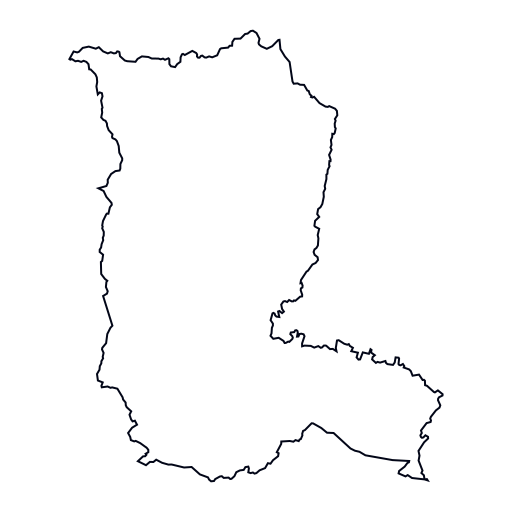 Uiramutã, Roraima, Brazil
{"feature_id": "56859067B11368359253245", "entity_name": "Uiramutã", "entity_type": "district", "adm_level": 2, "iso_a3": "BRA", "parent_name": "Brazil", "parent_adm1": "Roraima", "projection": "natural_earth1", "projection_center": [-60.205, 4.716], "detail": "fine", "context": "isolated", "style": "outline", "palette": "ink", "viewbox_px": 512, "rotation_deg": 0, "n_neighbors": 0, "source": "geoboundaries", "source_scale": "gbopen_adm2", "svg_char_len": 5991}
<svg xmlns="http://www.w3.org/2000/svg" viewBox="0 0 512 512"><path d="M424.5,479.4L423.9,475.3L421.4,473.0L422.5,470.6L418.6,460.6L419.5,455.6L418.5,450.9L424.1,442.3L428.1,438.5L428.0,436.8L425.4,435.3L423.4,437.4L422.0,437.8L420.9,436.9L420.4,435.3L421.8,433.0L421.0,430.5L426.6,423.1L430.6,422.0L431.0,420.5L430.2,418.6L430.9,416.8L435.9,410.4L439.5,407.6L440.3,405.3L438.0,400.2L438.1,398.8L439.0,397.3L442.5,395.5L442.6,394.2L437.9,390.4L434.9,392.4L433.9,392.0L427.0,385.8L425.1,385.2L424.9,380.7L423.9,379.8L422.6,380.0L419.0,374.6L412.6,375.7L410.8,371.1L409.1,369.4L403.7,367.5L404.3,366.1L402.9,364.0L400.6,365.3L399.3,365.0L398.5,364.0L399.1,358.7L398.6,357.7L395.6,357.4L394.7,362.5L393.0,364.9L387.4,364.1L386.0,362.9L385.4,361.0L380.1,362.6L377.5,361.9L375.9,362.9L372.1,359.4L372.7,357.0L374.8,355.2L371.0,352.5L371.5,349.9L370.5,349.2L368.9,353.8L362.8,352.4L360.1,359.4L358.5,359.6L356.6,357.4L357.9,352.7L351.3,351.2L352.9,347.8L349.8,345.9L348.8,344.1L347.3,344.7L344.3,343.8L338.7,340.2L337.0,340.5L335.8,348.0L336.5,351.3L332.8,348.9L330.0,349.1L326.2,345.7L325.1,345.5L323.8,345.6L322.1,347.4L320.8,347.8L318.3,346.1L314.2,347.6L310.8,345.9L304.6,345.6L302.1,346.3L302.1,343.4L304.5,336.2L303.6,334.3L301.3,333.7L299.5,334.0L298.4,336.5L297.0,336.6L297.8,332.5L297.4,330.9L296.4,330.2L295.2,330.4L294.2,332.1L290.8,332.5L290.3,334.1L292.3,336.2L292.8,337.7L292.3,339.0L289.3,341.9L288.2,341.6L285.8,342.9L284.6,343.0L283.5,340.9L278.7,337.8L273.3,338.8L270.5,335.8L271.5,333.4L271.9,327.8L272.9,325.5L272.9,323.6L270.6,320.2L272.5,313.4L273.4,312.9L274.6,313.6L275.2,315.4L276.5,316.6L279.3,317.0L278.1,311.5L279.4,311.0L282.1,313.1L283.9,311.6L282.1,309.0L281.2,304.6L283.4,301.5L285.0,301.1L287.2,302.0L289.1,300.0L291.8,301.4L293.3,301.3L294.0,300.4L295.4,300.8L300.1,296.7L302.1,296.4L302.2,294.7L300.7,290.3L300.9,288.4L302.4,287.5L302.6,285.6L301.6,282.9L300.5,283.2L301.0,280.0L306.5,271.6L307.9,270.8L312.4,264.5L315.6,263.0L318.0,260.0L317.6,257.2L314.6,254.8L313.6,252.0L314.5,249.4L316.4,248.0L317.9,245.5L318.4,238.3L317.7,235.1L319.2,228.8L315.2,226.7L314.4,225.8L314.6,224.3L315.1,220.8L319.2,216.9L317.2,214.1L318.1,209.1L320.5,207.2L322.3,204.0L323.8,196.8L323.5,192.2L325.2,188.8L324.7,186.0L326.4,179.1L326.4,174.6L327.4,173.8L327.7,169.9L329.6,166.1L329.1,165.1L329.4,161.1L330.5,161.1L330.6,159.6L329.1,154.9L331.6,149.8L330.5,147.4L331.5,144.9L330.9,140.0L332.2,137.1L332.3,133.8L333.8,134.1L334.7,133.0L335.7,128.4L334.9,127.1L334.7,123.6L335.6,120.7L334.9,119.0L337.3,115.3L336.9,110.9L335.1,108.7L329.2,106.1L327.8,106.9L325.5,106.6L319.5,103.1L314.1,96.8L312.4,97.5L311.0,97.0L311.5,95.8L309.8,94.3L308.7,91.0L307.3,90.5L304.1,84.9L300.0,84.7L297.6,83.4L293.7,83.7L292.5,81.5L289.6,62.0L284.9,56.5L280.4,49.1L279.5,39.8L278.3,40.0L272.2,46.2L266.8,48.8L261.2,46.3L259.0,44.4L258.5,42.9L259.5,38.8L256.5,33.0L252.9,30.7L250.6,31.1L247.6,33.6L245.1,34.0L240.5,38.6L234.5,38.8L232.4,41.9L232.1,45.7L229.6,45.8L228.1,47.6L221.2,48.3L220.0,49.1L217.2,55.3L212.2,57.3L209.1,56.4L206.2,57.6L204.6,57.4L202.3,55.6L201.0,55.9L199.5,57.7L198.1,57.7L197.0,56.5L197.1,54.4L196.2,53.0L192.3,50.9L184.8,55.0L183.0,53.9L182.0,54.3L180.6,57.3L180.4,61.8L177.2,64.1L175.1,67.1L171.0,66.3L169.4,64.1L169.3,59.2L168.4,58.3L165.0,59.8L163.0,58.6L160.7,59.3L158.5,58.6L151.7,58.5L148.4,57.0L141.9,56.4L137.6,58.9L135.5,61.8L127.2,61.2L124.8,60.5L120.0,56.2L119.4,52.2L118.6,51.6L117.2,51.4L115.9,53.1L113.9,53.4L110.8,52.2L107.8,53.4L103.1,51.4L98.8,47.2L95.8,48.7L88.8,46.6L82.7,47.9L78.9,51.8L77.2,52.4L73.6,51.5L69.4,59.1L70.3,59.7L71.9,59.1L75.4,61.3L78.0,60.8L81.2,61.9L83.6,60.8L86.4,61.9L88.5,64.2L89.2,69.3L90.7,69.5L95.4,74.3L96.8,77.4L97.2,82.0L96.4,86.4L97.8,94.4L99.7,92.4L101.9,93.2L102.5,96.3L101.1,100.7L102.5,107.7L101.8,108.9L102.2,112.6L101.2,117.4L103.4,119.9L105.5,120.8L106.9,123.4L107.1,126.0L108.7,130.2L112.5,134.3L112.0,136.9L112.5,138.1L115.4,139.4L116.9,141.1L118.7,146.0L119.3,152.7L122.2,158.3L122.2,160.2L120.4,164.0L120.3,168.7L119.6,170.5L115.4,171.1L111.1,174.0L107.7,179.7L107.8,182.8L106.4,186.0L98.4,188.3L103.6,191.0L106.4,196.9L111.5,202.9L111.8,204.8L109.9,207.3L108.4,213.7L106.9,213.6L106.2,214.4L103.0,221.0L102.2,225.5L102.7,226.6L102.2,228.3L103.8,231.9L103.7,235.6L102.8,237.8L103.2,240.2L101.6,244.2L101.1,247.5L99.7,249.7L99.7,252.0L103.1,254.7L102.2,260.9L100.9,262.0L101.2,274.0L104.8,278.8L107.3,280.8L106.4,282.0L105.9,287.0L107.7,291.2L107.0,293.6L103.1,296.0L112.4,325.7L110.5,327.7L107.3,334.0L106.1,343.2L102.3,347.8L102.0,349.4L103.6,352.9L102.7,356.9L103.1,358.3L101.4,361.2L101.3,363.4L99.8,366.2L99.5,369.7L97.0,374.0L97.9,380.5L102.7,382.4L101.4,385.9L101.8,387.3L107.6,386.5L110.5,387.8L112.2,387.4L117.4,388.7L122.6,397.3L123.1,399.5L125.6,402.5L125.8,405.3L126.7,407.2L131.2,411.3L129.5,414.7L131.1,419.4L132.6,421.4L134.9,420.7L137.0,424.7L132.1,427.7L128.1,433.0L130.2,436.9L130.9,440.1L134.2,441.4L135.7,440.9L140.2,443.1L146.7,447.8L148.3,449.8L148.3,452.2L145.6,453.8L146.4,454.8L145.2,456.2L143.0,456.4L137.9,461.2L146.0,465.2L149.9,461.9L153.4,462.0L156.2,459.7L162.1,462.8L168.4,464.6L171.6,464.5L184.1,467.5L191.6,467.0L199.9,474.4L208.0,477.4L209.1,479.6L211.1,481.3L214.0,481.0L215.2,479.1L219.9,476.5L221.8,476.2L223.7,477.9L228.6,477.6L230.2,479.0L231.5,478.8L234.4,476.2L236.3,472.2L239.9,470.4L243.7,469.9L245.4,467.1L248.3,466.6L248.9,468.4L248.3,472.3L250.6,473.1L252.9,472.5L254.5,473.6L256.4,473.1L259.6,470.3L265.1,468.1L267.9,463.2L270.5,463.7L273.0,460.2L278.1,456.2L278.6,453.2L276.8,452.2L281.2,443.9L281.3,441.5L289.8,441.0L293.4,441.7L295.5,440.1L298.7,441.1L299.6,439.5L300.8,439.1L302.4,435.4L302.2,433.8L303.1,430.9L304.9,430.1L311.6,423.3L313.1,423.4L321.3,428.0L327.0,432.7L333.6,433.0L350.5,448.5L354.9,450.7L359.5,451.8L365.4,455.3L392.6,460.1L409.2,461.0L408.9,462.3L407.4,463.0L404.7,466.6L399.1,471.0L398.6,473.4L405.5,476.4L407.7,475.1L412.0,478.0L424.5,479.4ZM427.7,480.4L426.9,479.1L424.5,479.4L427.7,480.4Z" fill="none" stroke="#020617" stroke-width="2"/></svg>